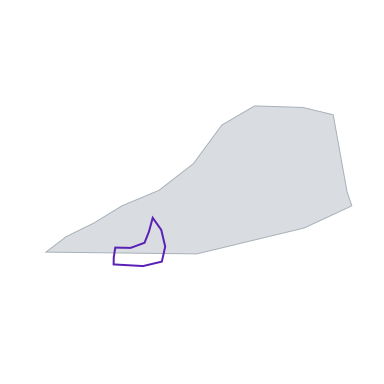 Gamprin on a map of Liechtenstein (Mercator projection), rotated 254°
{"feature_id": "LIE-4897", "entity_name": "Gamprin", "entity_type": "state/province", "adm_level": 1, "iso_a3": "LIE", "parent_name": "Liechtenstein", "parent_adm1": "", "projection": "mercator", "projection_center": [9.505, 47.21], "detail": "fine", "context": "in_parent", "style": "outline", "palette": "violet", "viewbox_px": 384, "rotation_deg": 254, "n_neighbors": 0, "source": "natural_earth", "source_scale": "10m", "svg_char_len": 547}
<svg xmlns="http://www.w3.org/2000/svg" viewBox="0 0 384 384"><g transform="rotate(254 192 192)"><path d="M227.3,349.0L149.3,341.1L134.7,341.8L126.5,290.0L131.2,179.5L174.5,35.0L183.8,58.8L189.2,89.0L198.1,121.2L202.7,160.6L218.9,201.2L248.2,239.2L257.5,275.9L242.7,321.9L227.3,349.0Z" fill="#d9dde1" stroke="#a8b0b8" stroke-width="1"/><path d="M133.4,143.8L134.3,124.5L144.0,96.7L150.8,98.8L159.7,102.9L155.2,117.6L156.3,132.4L165.8,139.7L178.0,147.1L164.1,152.0L146.9,151.2L133.4,143.8Z" fill="none" stroke="#5b21b6" stroke-width="2"/></g></svg>